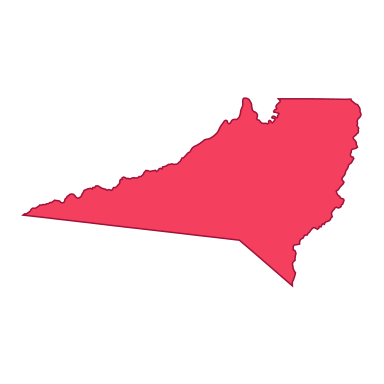 outline of Envira, Amazonas, Brazil
{"feature_id": "56859067B30113136675295", "entity_name": "Envira", "entity_type": "district", "adm_level": 2, "iso_a3": "BRA", "parent_name": "Brazil", "parent_adm1": "Amazonas", "projection": "mercator", "projection_center": [-70.098, -7.617], "detail": "fine", "context": "isolated", "style": "filled", "palette": "rose", "viewbox_px": 384, "rotation_deg": 0, "n_neighbors": 0, "source": "geoboundaries", "source_scale": "gbopen_adm2", "svg_char_len": 5470}
<svg xmlns="http://www.w3.org/2000/svg" viewBox="0 0 384 384"><path d="M292.4,285.9L292.3,283.3L292.5,281.6L293.3,280.2L294.5,276.8L295.1,274.7L295.5,272.6L294.4,271.4L293.7,269.8L293.1,268.1L292.9,266.4L292.5,264.6L292.7,262.7L293.8,261.3L295.1,260.3L295.0,258.5L295.5,255.2L296.0,253.6L295.5,251.8L294.7,250.3L293.1,249.9L293.3,248.0L293.2,246.3L294.4,245.0L296.1,244.8L299.6,244.1L299.7,241.4L300.4,239.8L301.6,238.7L303.1,238.1L304.5,235.3L307.3,235.0L308.0,233.4L309.3,232.3L310.4,230.8L312.7,228.0L314.4,227.6L317.5,229.3L318.9,228.1L319.3,226.5L321.0,226.9L321.7,225.3L322.8,223.7L324.4,224.4L324.9,222.8L326.2,221.8L327.8,221.3L329.4,220.6L330.5,219.3L331.0,217.8L332.3,216.8L331.8,215.2L331.4,213.3L332.1,211.8L333.0,210.4L334.3,209.2L334.9,207.9L336.6,207.2L338.0,208.0L339.7,207.6L341.0,206.7L341.5,204.9L342.9,203.8L343.2,202.3L344.0,200.8L343.7,199.2L340.3,197.9L339.8,196.4L338.3,195.5L337.3,194.2L336.9,193.3L336.6,192.6L336.2,191.0L337.9,190.1L338.9,188.9L339.8,187.5L340.8,186.3L343.3,183.7L344.0,182.1L342.9,180.9L341.9,179.4L342.3,177.8L344.5,175.1L345.2,173.5L345.6,171.7L346.2,170.2L347.4,168.9L348.2,166.8L348.6,165.0L349.7,163.9L351.2,163.0L352.1,161.6L352.9,160.0L353.8,158.6L353.1,157.1L351.5,156.8L350.5,155.5L350.4,153.9L351.3,152.3L351.3,150.6L352.2,149.2L353.8,148.9L356.1,148.2L357.5,147.2L356.2,144.2L356.3,142.5L355.1,140.5L353.8,139.3L353.1,137.8L354.0,136.4L355.7,135.3L356.6,133.9L357.9,133.1L358.5,131.5L358.2,129.8L358.7,128.2L357.9,126.8L356.8,125.5L357.5,124.0L357.4,122.3L357.2,120.7L357.9,119.1L359.2,117.9L360.3,116.6L361.0,115.0L360.8,113.3L360.1,111.8L360.0,109.0L359.4,107.5L357.5,104.6L355.5,103.9L351.2,100.4L351.0,99.1L345.5,99.3L339.4,99.2L320.2,98.9L308.6,98.8L278.3,98.8L279.0,99.6L279.9,100.2L280.2,101.2L279.7,102.3L279.1,102.6L278.4,103.2L277.8,103.9L277.2,104.3L276.6,105.1L276.1,106.1L275.9,106.9L276.6,107.8L276.8,108.6L276.1,109.1L275.3,109.4L274.6,110.0L274.0,110.8L273.6,111.5L273.9,112.2L274.8,112.3L275.6,112.3L276.4,112.6L277.5,113.0L278.4,113.1L278.9,113.5L278.8,114.3L278.2,114.9L277.6,115.5L277.5,116.7L277.4,117.6L276.5,117.8L275.8,117.3L275.0,116.7L274.0,116.2L272.9,116.2L272.2,116.7L271.8,117.6L272.3,118.1L273.1,118.3L273.8,118.4L274.5,118.7L275.0,119.5L274.6,120.4L273.8,121.3L273.2,122.1L272.6,122.8L271.8,122.6L271.3,121.9L270.9,121.3L270.4,120.7L269.6,120.4L269.0,120.7L268.6,121.4L268.7,122.2L268.7,123.2L267.9,123.6L267.4,123.7L266.7,123.6L266.1,123.3L263.3,123.4L261.7,123.1L260.2,121.6L259.2,120.2L257.4,119.8L256.7,118.3L257.3,116.8L257.5,114.9L256.7,113.3L255.3,112.1L253.5,111.5L252.5,110.1L251.6,106.2L251.6,104.5L251.3,103.6L250.9,102.7L250.6,102.1L250.1,101.3L249.8,100.7L249.4,100.0L248.9,99.4L248.1,98.9L247.3,98.5L246.5,98.3L245.4,98.1L244.6,98.2L243.6,98.3L243.1,99.0L242.9,99.6L242.8,100.5L242.7,101.6L242.7,102.3L242.8,103.4L242.8,104.6L242.6,106.0L242.3,106.8L242.0,107.3L241.7,108.0L241.4,108.8L241.1,109.5L240.6,111.5L240.5,112.7L240.3,113.8L240.1,114.6L239.8,115.4L239.5,116.2L239.3,116.9L238.8,117.6L238.2,118.3L237.6,118.8L237.0,119.3L236.3,119.5L235.2,119.4L234.1,119.4L232.9,119.7L231.9,120.4L231.2,121.3L230.9,122.2L230.5,122.7L229.8,123.3L229.0,123.7L228.2,123.4L227.7,122.8L227.4,122.1L227.4,121.2L226.7,120.5L225.8,120.3L225.0,120.6L224.2,121.2L223.8,121.8L223.3,122.6L222.7,123.5L222.2,124.1L221.4,125.2L220.9,125.9L220.3,126.8L219.8,127.8L218.5,130.5L218.1,131.3L217.7,132.0L217.3,132.5L216.9,133.0L216.4,133.5L215.7,134.2L215.1,134.8L214.4,135.3L213.6,136.1L212.8,136.7L212.1,137.1L211.5,137.5L210.9,137.9L210.1,138.3L208.9,138.8L207.8,139.1L206.8,139.2L206.0,139.4L205.2,139.6L204.4,139.9L203.8,140.4L203.1,141.0L202.4,141.6L201.8,142.0L201.2,142.5L200.7,142.8L200.0,143.5L198.9,144.0L198.2,144.5L197.6,144.8L197.0,145.2L196.4,145.5L195.1,146.1L194.3,146.4L192.7,147.6L191.6,148.9L189.9,152.0L188.2,152.7L187.7,153.2L186.9,154.0L185.9,155.3L183.5,157.8L181.9,158.1L180.5,161.0L179.1,162.1L178.0,163.4L176.5,164.2L174.9,164.3L173.2,164.3L171.7,163.8L170.2,164.4L168.5,164.4L165.8,166.2L164.0,166.6L162.5,167.0L162.1,168.9L160.2,168.3L158.8,169.1L158.0,170.6L156.6,171.5L155.5,170.3L153.5,170.7L151.7,171.0L149.9,171.5L148.1,170.7L146.0,170.4L144.0,172.6L143.4,174.1L142.2,175.5L140.8,176.5L139.1,176.6L137.7,177.8L135.9,178.1L134.4,177.7L132.8,177.8L129.5,179.0L128.0,178.3L126.5,178.6L125.2,177.6L123.7,177.1L122.7,177.5L122.1,177.8L122.1,179.4L120.4,179.5L119.8,181.1L119.8,182.8L118.9,184.2L117.6,185.4L116.7,186.7L115.2,187.6L113.5,187.5L112.8,188.9L111.7,190.4L110.1,189.9L108.5,189.6L107.0,190.3L105.6,189.2L103.7,188.8L102.0,188.2L100.6,187.5L99.2,186.5L97.6,185.8L95.7,186.0L94.7,187.5L92.9,187.5L92.3,189.0L90.8,188.3L87.9,188.8L85.9,189.7L84.2,190.3L82.6,193.4L81.7,194.8L81.2,196.5L78.4,198.2L76.6,197.8L74.5,195.2L73.3,194.2L71.4,194.0L69.5,194.5L68.6,195.7L67.3,196.2L66.4,197.9L65.0,199.1L64.7,200.8L63.9,202.4L62.3,202.9L60.6,202.4L59.6,201.0L54.5,200.2L53.2,201.4L51.6,202.4L50.0,202.5L48.6,203.5L46.4,203.9L44.8,204.7L43.1,204.5L41.4,205.1L39.8,205.0L38.6,206.2L37.1,207.1L35.8,208.1L34.2,208.2L32.5,208.2L31.2,209.3L30.3,210.9L29.1,212.0L26.2,213.9L24.5,213.9L23.0,215.1L47.7,217.9L59.3,219.3L60.1,219.4L67.4,220.2L84.3,222.2L85.3,222.3L89.0,222.7L97.0,223.7L99.1,223.9L100.2,224.1L101.0,224.2L102.7,224.3L104.0,224.5L108.9,225.1L112.9,225.6L121.3,226.5L123.3,226.8L142.3,228.9L143.0,229.1L143.8,229.1L181.0,233.4L201.5,235.8L214.7,237.3L239.4,240.2L240.1,240.8L253.2,252.0L292.4,285.9Z" fill="#f43f5e" stroke="#9f1239" stroke-width="1.5"/></svg>